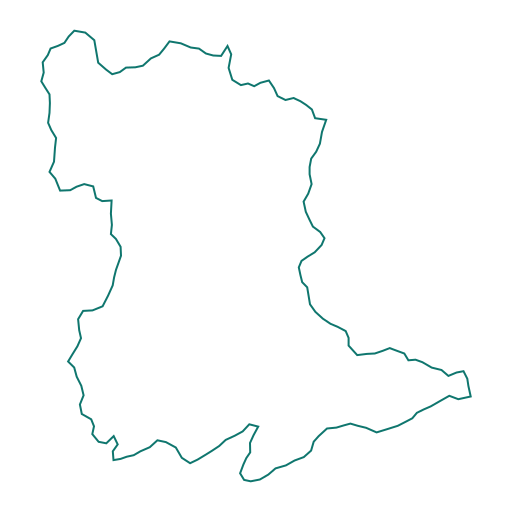 Gonzaga, Minas Gerais, Brazil (Albers equal-area conic projection)
{"feature_id": "56859067B49694268635094", "entity_name": "Gonzaga", "entity_type": "district", "adm_level": 2, "iso_a3": "BRA", "parent_name": "Brazil", "parent_adm1": "Minas Gerais", "projection": "albers", "projection_center": [-42.499, -18.87], "detail": "fine", "context": "isolated", "style": "outline", "palette": "teal", "viewbox_px": 512, "rotation_deg": 0, "n_neighbors": 0, "source": "geoboundaries", "source_scale": "gbopen_adm2", "svg_char_len": 2484}
<svg xmlns="http://www.w3.org/2000/svg" viewBox="0 0 512 512"><path d="M470.7,396.5L468.4,386.0L467.3,378.7L463.5,371.2L456.6,372.5L448.4,375.9L441.5,370.0L431.7,367.6L422.4,362.2L415.5,359.7L408.4,360.3L404.3,353.5L397.2,350.9L389.7,348.1L382.8,350.8L374.8,353.5L366.9,353.9L357.2,355.1L348.6,345.6L348.6,337.9L345.7,331.1L337.8,326.9L330.5,323.8L322.9,318.7L315.4,311.9L310.0,304.3L308.4,294.6L307.2,287.3L302.2,282.2L300.4,275.0L298.8,267.4L301.5,260.9L307.5,256.7L314.7,252.3L321.6,245.0L324.5,238.2L320.2,232.0L312.9,226.6L309.4,219.5L305.8,211.8L303.6,201.6L308.2,193.7L311.6,184.1L309.6,174.3L309.6,167.0L311.2,158.6L316.2,151.7L319.9,143.7L322.0,131.9L326.2,119.8L315.1,118.2L311.9,109.5L306.1,104.9L300.4,101.2L293.5,98.0L285.5,100.0L277.6,96.1L274.0,88.1L268.9,80.5L260.4,82.8L254.2,86.2L248.0,83.5L240.9,85.1L232.3,79.8L228.6,67.9L231.2,54.3L227.5,46.0L221.1,55.9L213.2,55.5L205.9,53.5L199.0,48.6L190.7,47.5L180.8,43.3L169.5,41.4L164.2,48.5L159.1,54.7L150.9,58.4L142.9,65.7L135.3,67.3L126.0,67.6L119.8,72.1L112.2,74.2L106.1,69.6L98.2,62.7L96.1,50.6L94.3,40.2L85.3,32.6L74.3,30.7L68.7,36.5L64.4,42.9L57.9,45.9L50.6,48.5L47.8,55.1L42.7,62.3L43.7,72.6L41.3,81.3L45.3,87.8L49.5,94.4L49.9,103.1L49.5,112.9L48.1,122.8L51.3,130.1L56.1,138.0L55.0,147.6L54.0,161.7L49.5,171.9L55.3,178.7L60.1,190.6L70.2,190.2L76.6,186.7L84.2,184.1L93.2,186.4L96.0,197.9L102.2,201.1L111.6,200.5L110.9,213.7L111.9,224.9L110.9,234.1L115.9,238.9L120.6,246.8L121.0,255.7L118.5,262.8L116.0,269.8L114.1,277.4L112.7,285.4L108.1,295.6L102.6,306.3L92.5,310.4L83.1,310.9L78.1,319.2L79.2,330.2L81.0,338.2L77.4,346.3L72.5,354.2L68.1,361.5L74.2,367.5L76.7,376.7L81.3,385.8L83.6,395.3L79.9,404.5L81.8,414.0L91.2,419.3L94.0,426.3L92.3,434.1L98.6,441.8L106.3,443.3L113.7,436.1L117.7,444.4L112.8,451.3L113.5,460.1L120.6,458.9L126.8,456.7L133.7,455.2L140.4,451.3L149.8,447.2L157.4,440.3L165.9,442.1L175.8,447.5L181.8,457.8L190.1,463.2L197.6,459.6L205.2,455.0L211.8,450.9L219.2,446.0L225.7,439.9L234.8,435.7L242.7,431.4L249.3,424.3L258.2,426.6L253.5,435.3L250.0,443.0L250.2,452.4L246.3,458.1L243.4,464.5L240.1,473.3L244.1,479.9L250.7,481.3L259.9,479.5L268.3,474.6L275.5,468.4L285.9,465.4L294.6,460.5L303.8,457.1L311.1,450.6L313.7,441.7L318.7,436.1L327.0,428.5L336.4,427.6L343.8,425.4L350.4,423.6L357.8,425.8L366.1,427.8L376.6,432.4L386.7,429.3L397.8,425.8L406.2,421.5L412.3,418.3L416.9,412.8L423.8,409.4L430.7,406.4L439.4,401.4L449.3,395.8L458.3,399.2L470.7,396.5Z" fill="none" stroke="#0f766e" stroke-width="2"/></svg>